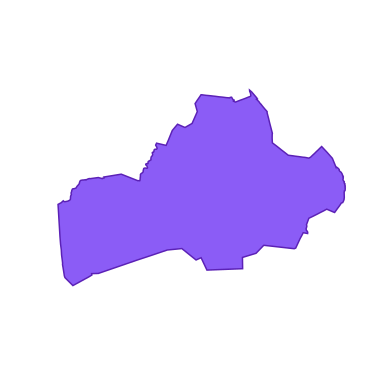 Siltepec, Chiapas, Mexico, rotated 341°
{"feature_id": "50627088B9123326628132", "entity_name": "Siltepec", "entity_type": "district", "adm_level": 2, "iso_a3": "MEX", "parent_name": "Mexico", "parent_adm1": "Chiapas", "projection": "mercator", "projection_center": [-92.403, 15.558], "detail": "fine", "context": "isolated", "style": "filled", "palette": "violet", "viewbox_px": 384, "rotation_deg": 341, "n_neighbors": 0, "source": "geoboundaries", "source_scale": "gbopen_adm2", "svg_char_len": 5043}
<svg xmlns="http://www.w3.org/2000/svg" viewBox="0 0 384 384"><g transform="rotate(341 192 192)"><path d="M214.9,281.0L218.4,270.3L232.6,270.8L242.2,265.9L242.6,265.8L270.2,278.9L271.8,278.8L279.1,271.2L282.4,268.2L283.9,266.7L287.8,268.9L288.2,268.1L288.3,267.1L288.1,266.3L287.8,265.8L287.7,265.2L287.8,264.6L287.9,263.9L288.3,263.4L288.8,262.7L289.2,262.2L289.5,261.4L289.6,260.2L293.9,254.9L297.1,254.5L298.8,254.3L301.7,253.9L303.2,253.7L305.8,253.3L307.2,253.1L310.3,252.7L312.0,252.4L313.8,252.1L315.9,254.0L319.1,256.9L320.2,257.8L324.0,255.1L326.2,253.6L328.7,251.8L329.2,251.2L330.3,251.0L331.0,251.1L332.2,250.0L332.5,249.5L333.0,249.1L333.2,248.6L333.3,248.3L333.6,248.2L333.8,247.5L334.2,246.8L335.8,241.7L336.2,241.3L336.3,241.1L336.3,240.7L336.8,240.6L337.2,240.4L338.0,238.7L338.0,238.4L338.2,237.6L338.5,237.3L338.4,236.9L338.6,236.4L338.8,236.3L338.9,236.0L338.8,235.6L338.7,234.9L339.3,234.3L339.0,233.9L339.0,233.5L338.9,233.3L338.8,232.8L339.3,232.1L339.3,231.7L339.1,231.5L339.0,231.1L339.0,230.8L338.8,230.4L338.8,229.7L338.8,229.3L339.2,228.8L339.4,228.4L339.4,228.0L339.5,227.9L339.6,227.7L340.0,227.0L340.0,226.9L339.7,226.8L339.9,226.3L340.0,226.1L340.0,225.9L339.8,225.7L339.9,225.3L339.9,225.2L339.7,224.8L339.9,224.1L339.6,222.7L339.5,222.0L339.0,221.3L338.8,221.0L338.6,220.7L338.5,220.4L338.2,219.5L338.4,219.1L338.5,218.8L338.1,217.5L337.0,215.8L336.7,215.6L336.3,214.7L336.2,214.9L335.7,205.8L334.3,202.5L332.7,198.6L331.9,196.8L331.0,194.8L329.4,191.2L327.0,192.3L325.2,193.2L322.3,194.5L320.5,195.4L318.4,196.3L315.4,197.7L313.5,198.0L311.9,197.1L311.3,196.7L309.8,195.9L308.2,195.2L304.5,193.3L301.6,191.9L299.3,190.7L297.5,189.8L295.0,188.6L294.1,187.2L292.1,184.1L290.3,181.4L289.0,179.3L287.0,176.2L284.8,172.9L284.0,171.7L285.3,167.2L286.6,163.6L287.1,162.7L287.5,157.4L287.9,152.1L288.4,147.0L288.8,141.5L289.2,140.6L288.9,139.6L288.0,137.5L287.1,135.1L287.0,134.9L286.1,132.4L286.0,131.9L285.9,131.9L284.9,129.4L284.7,128.3L284.0,127.0L283.5,125.8L283.2,125.3L284.1,125.2L283.8,124.5L283.9,124.1L283.6,123.4L281.0,116.8L279.6,114.4L279.5,114.8L279.4,115.2L279.3,115.6L279.3,116.1L279.4,116.5L279.4,117.0L279.4,117.4L279.4,118.4L279.2,118.8L279.1,119.6L278.8,120.3L278.4,120.5L278.0,120.6L277.6,120.6L277.3,120.7L277.0,120.7L276.8,120.6L273.1,120.8L270.1,120.9L268.0,120.9L265.1,121.0L262.3,121.1L262.0,120.8L261.7,120.5L261.5,120.3L261.0,119.9L260.7,119.7L260.9,119.2L261.1,119.0L261.6,119.0L261.8,118.9L261.7,118.7L261.4,118.5L261.2,118.5L260.9,118.1L260.8,117.8L260.7,117.3L260.6,116.6L260.4,115.9L260.3,115.3L259.9,115.1L259.6,115.1L259.0,115.0L258.8,115.0L258.6,115.2L258.2,115.3L258.0,115.2L257.8,115.1L255.1,113.9L252.7,112.7L250.6,111.7L249.0,111.0L245.2,109.1L243.5,108.3L241.4,107.3L239.5,106.4L236.4,105.0L233.2,103.4L232.2,103.0L230.1,104.6L226.8,107.0L225.4,108.1L223.7,109.4L223.2,117.7L214.4,127.2L206.4,128.7L204.7,127.2L200.4,123.2L193.4,127.4L186.7,135.1L182.7,139.5L174.4,134.3L173.9,134.8L173.6,135.1L173.3,135.4L172.9,135.8L172.9,136.3L173.2,137.4L173.3,138.5L173.2,139.4L172.8,139.8L172.2,140.0L171.5,139.7L170.8,139.5L170.0,139.8L169.6,140.3L169.4,140.9L169.0,141.3L168.6,141.8L168.0,141.6L167.3,141.8L167.1,142.6L167.1,143.4L166.9,144.0L166.3,144.7L165.6,145.1L164.8,145.6L164.3,146.5L163.9,147.3L163.7,148.2L163.3,148.4L162.9,148.4L162.4,148.5L161.8,148.8L161.0,148.7L160.5,149.0L160.0,149.7L159.9,150.3L159.6,150.8L159.1,150.8L158.3,150.4L157.5,150.5L157.2,150.9L157.2,151.5L157.6,152.0L157.8,152.4L157.9,153.6L157.8,154.7L157.5,154.9L156.8,154.8L156.2,154.4L155.5,154.1L154.6,153.9L153.9,154.2L153.4,155.0L152.8,155.9L152.6,156.7L152.1,157.2L151.2,157.7L150.3,157.9L149.3,158.3L148.8,158.9L148.6,159.7L148.2,160.5L148.1,161.1L147.6,161.7L147.3,162.7L147.0,163.2L146.8,163.6L146.6,164.0L146.3,164.3L144.3,163.6L144.0,163.3L130.9,152.1L113.9,149.2L114.0,149.4L114.0,149.6L113.9,149.7L113.5,150.1L113.2,150.1L112.9,150.1L112.6,149.9L112.3,149.8L112.1,149.9L111.8,150.1L111.5,150.1L111.3,150.0L110.9,149.7L110.4,149.3L109.5,148.8L109.1,148.5L108.1,147.8L106.9,147.6L101.0,146.4L100.8,146.4L100.4,146.3L99.7,146.0L98.9,145.8L98.5,145.8L97.6,145.8L96.8,145.9L95.8,146.0L95.6,146.1L95.1,145.6L94.6,145.6L92.8,145.2L92.2,145.0L91.4,144.9L90.7,144.8L90.2,144.9L89.7,145.2L89.4,145.6L88.8,146.2L88.5,146.9L88.0,147.5L87.1,148.1L86.4,148.5L85.3,149.1L84.4,149.8L83.8,150.4L83.0,150.5L82.0,150.5L81.1,150.4L80.6,150.2L79.9,150.3L79.7,150.5L79.0,151.2L78.7,151.6L78.3,152.4L77.5,153.3L77.2,154.2L77.2,155.0L76.6,155.6L75.9,156.4L75.5,157.2L75.1,158.3L74.5,159.5L73.7,159.9L72.6,160.1L71.8,160.2L70.8,160.1L68.7,159.8L68.3,159.6L67.7,159.1L67.4,158.4L66.0,159.0L65.0,159.5L61.3,160.1L52.5,191.7L52.2,192.9L50.7,198.7L49.6,204.1L48.2,209.0L47.1,214.4L46.5,217.1L45.9,218.6L45.6,220.7L44.7,225.9L44.0,229.7L44.0,231.6L48.9,241.7L63.0,239.3L65.0,239.0L67.7,238.5L70.3,237.9L70.5,236.5L76.9,238.5L94.1,238.5L117.3,238.5L133.2,238.7L134.4,238.7L149.8,238.8L164.0,242.2L173.7,257.6L179.2,257.1L180.7,270.7L189.4,273.3L214.9,281.0Z" fill="#8b5cf6" stroke="#5b21b6" stroke-width="1.5"/></g></svg>